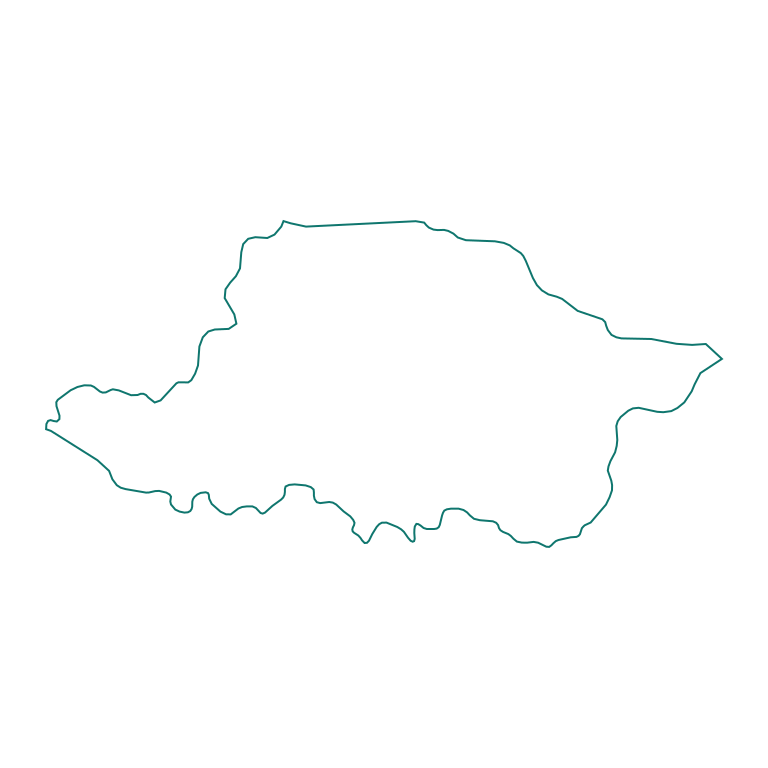 Arad, Equal Earth projection
{"feature_id": "ROU-276", "entity_name": "Arad", "entity_type": "County", "adm_level": 1, "iso_a3": "ROU", "parent_name": "Romania", "parent_adm1": "", "projection": "equal_earth", "projection_center": [21.659, 46.275], "detail": "fine", "context": "isolated", "style": "outline", "palette": "teal", "viewbox_px": 768, "rotation_deg": 0, "n_neighbors": 0, "source": "natural_earth", "source_scale": "10m", "svg_char_len": 3287}
<svg xmlns="http://www.w3.org/2000/svg" viewBox="0 0 768 768"><path d="M267.3,238.0L274.5,234.6L281.3,226.6L283.5,221.1L290.7,223.3L306.0,226.6L415.7,221.2L424.2,222.6L426.3,225.2L428.9,227.6L433.5,229.6L437.7,230.1L444.0,229.9L448.2,230.9L453.4,233.6L457.8,237.5L465.9,240.2L494.9,241.3L503.8,242.9L509.8,245.4L513.4,248.3L520.8,253.1L523.3,256.0L525.8,260.9L532.9,278.0L536.9,285.1L541.9,290.4L548.4,294.4L556.7,296.7L562.1,298.9L577.7,310.9L602.4,319.3L605.2,322.1L606.2,325.8L607.8,330.0L611.5,334.9L616.4,337.3L621.5,338.4L651.3,339.0L676.5,343.8L692.1,344.9L705.8,344.0L721.9,358.9L700.4,373.1L694.6,384.4L691.7,391.3L684.3,402.4L677.4,408.0L671.3,411.1L663.3,412.2L657.2,411.8L638.7,407.8L632.9,408.4L628.3,410.7L620.7,417.0L617.7,421.3L616.3,426.0L617.3,440.0L616.7,445.9L615.1,452.3L610.4,461.2L608.5,466.4L607.8,470.6L611.3,480.7L612.1,485.1L612.0,490.3L609.6,497.2L606.0,504.6L590.7,522.5L584.7,525.3L583.5,526.4L581.9,528.2L579.9,534.3L578.5,535.9L576.5,536.9L570.7,537.3L558.5,540.0L555.8,541.1L553.4,543.2L551.4,545.3L549.2,546.9L546.3,546.7L538.1,542.7L533.6,541.9L527.0,542.7L521.8,542.6L516.9,541.6L513.4,538.7L510.9,536.0L508.4,534.1L503.0,531.9L500.4,530.2L499.0,528.1L498.1,525.1L496.2,522.8L492.9,521.3L479.8,520.2L474.0,518.8L469.9,515.4L467.1,512.4L463.5,510.0L458.7,508.7L450.8,508.7L446.9,509.3L444.3,510.6L443.0,512.8L442.1,515.4L439.8,524.9L438.7,527.2L436.7,528.6L434.1,529.0L426.8,529.0L423.6,528.0L420.5,525.5L418.2,524.1L416.4,523.9L414.8,526.5L414.4,529.5L414.3,533.0L414.7,538.9L414.1,541.1L412.7,541.7L410.7,540.8L408.0,537.7L403.9,531.8L401.1,529.3L397.3,527.0L386.5,522.6L381.9,522.7L379.2,524.2L376.7,526.9L372.3,534.0L369.0,540.7L367.0,542.8L364.6,543.0L362.1,540.4L360.4,537.8L358.3,535.5L354.1,532.8L352.7,531.4L352.3,529.5L352.9,527.4L354.0,525.2L354.5,522.8L353.2,519.9L350.3,516.4L343.6,511.4L336.2,504.5L332.8,502.6L329.2,502.0L320.2,503.1L316.8,502.2L314.6,499.1L313.9,495.7L313.9,492.4L313.6,489.5L310.8,487.1L305.6,485.4L294.7,484.4L289.1,484.9L285.6,486.5L284.9,489.0L284.9,491.9L284.5,494.8L283.2,497.5L281.1,499.6L272.4,505.9L265.0,512.6L262.7,513.6L260.6,513.0L255.9,508.0L252.4,506.4L246.8,506.4L242.1,507.0L238.4,508.5L230.7,514.4L226.0,514.3L220.4,511.6L211.7,503.9L209.2,498.7L208.8,494.8L208.0,493.1L205.7,492.3L200.6,492.9L197.3,494.5L194.4,497.0L192.9,499.3L192.3,501.7L192.2,506.7L191.6,509.0L190.3,511.0L187.9,512.3L184.4,512.6L179.6,511.6L175.3,509.6L171.0,504.5L170.3,501.5L171.0,496.6L169.6,494.5L166.3,492.6L159.1,490.9L155.1,491.1L148.9,492.5L146.0,492.6L125.6,489.1L120.7,487.7L116.8,485.2L112.4,479.3L109.1,470.9L97.4,460.2L50.9,430.9L46.1,429.2L46.4,424.0L48.1,420.9L50.6,420.1L53.6,421.0L56.8,421.5L59.4,419.1L59.5,415.7L56.5,406.2L56.3,402.2L57.8,399.8L70.7,390.2L73.7,388.8L77.4,387.0L84.3,385.3L90.9,385.5L94.0,386.9L99.9,391.5L102.6,392.6L105.8,392.4L110.7,390.0L112.9,389.3L118.8,390.4L131.1,395.2L137.6,395.0L140.6,393.8L143.4,393.8L146.0,395.0L148.3,397.5L154.7,402.5L160.6,400.4L176.4,383.3L178.5,382.3L188.2,382.4L191.3,380.2L195.1,373.7L198.0,365.5L199.4,346.5L202.8,337.3L208.3,331.5L214.8,329.5L228.7,328.9L236.4,323.7L234.3,314.4L224.7,298.1L225.5,289.3L230.2,282.6L235.9,276.2L240.0,268.4L241.3,252.2L243.2,244.1L248.2,238.8L255.3,237.2L267.3,238.0Z" fill="none" stroke="#0f766e" stroke-width="2"/></svg>